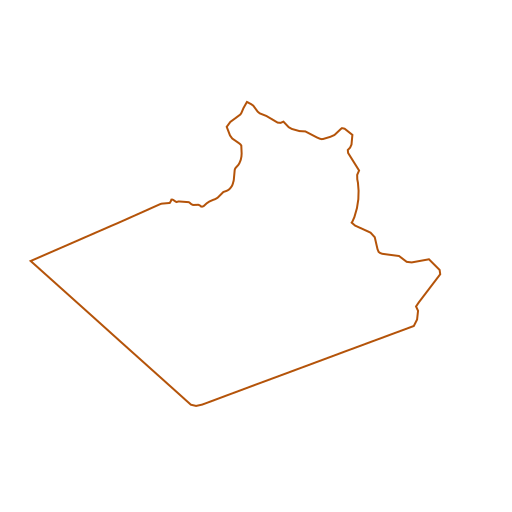 the border of Huehuetenango, rotated 222°
{"feature_id": "GTM-1943", "entity_name": "Huehuetenango", "entity_type": "Department", "adm_level": 1, "iso_a3": "GTM", "parent_name": "Guatemala", "parent_adm1": "", "projection": "robinson", "projection_center": [-91.471, 15.613], "detail": "fine", "context": "isolated", "style": "outline", "palette": "amber", "viewbox_px": 512, "rotation_deg": 222, "n_neighbors": 0, "source": "natural_earth", "source_scale": "10m", "svg_char_len": 1806}
<svg xmlns="http://www.w3.org/2000/svg" viewBox="0 0 512 512"><g transform="rotate(222 256 256)"><path d="M91.9,309.6L103.0,288.4L126.4,243.8L149.7,199.2L170.1,160.3L184.5,132.7L189.9,122.3L196.6,109.5L200.2,104.5L204.9,101.9L218.3,101.9L259.0,101.8L299.7,101.7L340.4,101.7L381.1,101.6L420.1,101.5L383.9,181.2L381.0,187.4L361.8,230.7L361.1,231.8L355.6,237.7L356.0,239.9L356.3,240.5L356.6,241.3L356.0,241.9L354.9,242.3L352.4,242.6L351.2,242.9L350.0,244.8L342.0,251.0L341.0,251.2L339.1,251.2L338.2,251.4L337.4,251.6L336.7,252.0L333.1,255.5L331.9,255.9L330.8,256.1L329.8,256.0L329.0,256.7L328.3,258.0L327.9,262.1L327.1,265.3L325.4,269.1L324.5,270.7L323.8,272.7L323.5,273.9L323.1,281.7L321.4,284.8L320.8,286.4L320.6,287.3L320.5,288.4L320.5,289.4L320.7,291.5L320.9,292.4L321.2,293.3L321.9,294.9L322.3,295.5L322.6,296.3L323.5,297.8L329.4,305.7L329.9,306.8L330.1,307.8L330.1,312.1L330.5,314.0L331.7,317.3L333.4,320.2L335.2,322.5L340.8,328.2L342.0,328.5L343.6,328.5L352.3,327.4L356.0,328.2L364.2,332.4L364.8,338.5L362.3,350.7L362.6,352.6L364.3,357.6L365.8,364.4L361.2,365.6L358.6,365.9L351.4,364.4L348.7,364.5L342.0,367.0L329.2,369.6L326.8,371.4L325.5,374.2L317.9,373.6L314.4,374.4L307.3,377.9L302.7,381.6L289.9,384.9L287.0,385.9L285.5,386.7L284.4,387.9L280.5,394.3L278.8,398.1L278.6,399.0L277.9,407.5L277.7,408.5L276.4,409.3L275.3,409.9L265.4,410.5L259.6,402.7L258.6,399.5L258.7,396.2L256.5,394.2L236.6,388.5L235.1,384.0L232.1,380.8L229.2,378.6L223.4,373.1L217.9,366.6L213.0,359.1L208.9,350.7L207.4,346.1L207.2,344.8L202.7,344.9L186.5,350.0L180.3,349.4L170.3,342.4L167.6,341.1L165.7,341.3L163.7,342.1L158.7,345.5L149.7,351.7L140.1,352.5L136.0,355.4L126.1,368.2L125.3,369.3L110.2,368.5L106.9,365.7L104.0,330.6L103.3,325.6L98.9,323.7L93.8,316.6L91.9,309.6Z" fill="none" stroke="#b45309" stroke-width="2"/></g></svg>